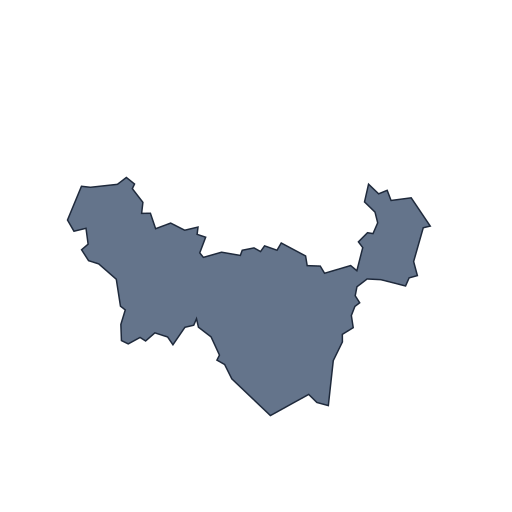 Perry, Kentucky, United States of America, rotated 142°
{"feature_id": "52423323B29211296976241", "entity_name": "Perry", "entity_type": "district", "adm_level": 2, "iso_a3": "USA", "parent_name": "United States of America", "parent_adm1": "Kentucky", "projection": "mercator", "projection_center": [-83.253, 37.218], "detail": "fine", "context": "isolated", "style": "filled", "palette": "slate", "viewbox_px": 512, "rotation_deg": 142, "n_neighbors": 0, "source": "geoboundaries", "source_scale": "gbopen_adm2", "svg_char_len": 1273}
<svg xmlns="http://www.w3.org/2000/svg" viewBox="0 0 512 512"><g transform="rotate(142 256 256)"><path d="M123.1,243.3L137.2,231.8L135.2,217.3L139.7,207.2L150.0,201.6L153.8,205.7L166.6,204.1L166.7,196.9L185.6,182.3L187.3,190.2L212.6,200.2L211.6,208.5L221.6,216.9L216.9,225.5L228.1,250.7L235.9,247.6L243.0,258.7L249.7,256.7L252.6,263.6L263.3,269.0L268.0,266.1L280.8,280.2L298.3,287.3L298.4,293.1L284.1,301.8L289.1,309.3L283.9,314.5L296.3,320.2L303.0,334.5L318.3,339.3L312.9,354.7L319.9,360.0L312.1,367.9L312.0,385.2L307.4,387.5L309.8,397.7L321.1,397.8L344.2,412.1L350.6,418.4L382.4,400.4L384.2,387.6L372.9,382.5L381.0,368.7L389.6,368.3L390.8,355.4L384.8,346.6L380.4,323.7L393.7,299.9L392.2,294.0L404.6,285.3L414.1,272.2L410.8,265.4L397.5,263.2L395.3,257.0L383.0,257.7L375.5,246.6L376.1,237.2L355.9,243.6L347.7,239.8L341.5,243.2L345.2,235.3L341.2,219.9L345.8,200.4L350.9,198.0L347.5,189.8L350.7,174.1L342.9,121.4L299.7,114.5L298.2,103.1L291.1,93.6L259.5,126.0L240.8,135.1L236.2,141.1L223.5,139.7L217.5,150.4L209.1,155.4L203.1,155.3L202.3,163.6L195.4,169.6L182.6,169.5L172.2,160.5L156.6,140.3L148.8,144.5L140.9,141.2L135.2,154.6L106.8,175.3L100.3,172.3L97.9,206.3L115.4,216.6L112.2,227.0L121.1,229.5L123.1,243.3Z" fill="#64748b" stroke="#1e293b" stroke-width="1.5"/></g></svg>